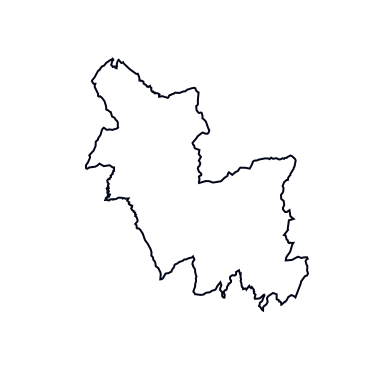 Tausa, Cundinamarca, Colombia (Natural Earth projection), rotated 30°
{"feature_id": "7082276B61281192439607", "entity_name": "Tausa", "entity_type": "district", "adm_level": 2, "iso_a3": "COL", "parent_name": "Colombia", "parent_adm1": "Cundinamarca", "projection": "natural_earth1", "projection_center": [-73.979, 5.193], "detail": "fine", "context": "isolated", "style": "outline", "palette": "ink", "viewbox_px": 384, "rotation_deg": 30, "n_neighbors": 0, "source": "geoboundaries", "source_scale": "gbopen_adm2", "svg_char_len": 6078}
<svg xmlns="http://www.w3.org/2000/svg" viewBox="0 0 384 384"><g transform="rotate(30 192 192)"><path d="M325.7,245.0L326.0,244.6L325.8,244.0L326.3,243.5L327.2,240.7L327.6,240.5L328.1,238.4L327.9,235.0L329.5,231.6L332.4,231.2L334.3,231.6L331.9,216.7L331.2,215.1L331.9,208.6L333.4,206.7L333.1,204.4L330.9,202.5L329.0,198.5L327.3,197.5L325.1,195.3L324.8,194.4L325.1,192.7L325.6,192.0L324.2,191.0L321.3,192.9L319.8,194.4L316.1,195.1L312.5,200.9L307.4,204.4L306.6,202.5L306.3,200.5L306.9,194.6L305.2,187.8L305.2,185.4L304.0,186.3L302.2,186.8L301.7,187.7L300.5,187.5L299.2,186.0L297.7,185.8L294.8,182.9L293.2,183.3L294.1,176.7L293.4,176.2L290.1,168.1L293.5,164.5L289.3,163.8L285.5,159.0L284.2,161.8L282.7,162.8L279.4,161.5L278.7,160.3L278.4,157.3L277.5,155.9L275.7,153.8L273.1,153.5L272.4,153.0L270.5,149.9L270.9,147.7L270.7,145.8L269.2,142.7L267.5,141.5L266.9,137.4L267.9,134.3L269.0,133.6L268.3,132.0L268.2,130.2L268.7,128.1L268.2,127.3L268.4,121.2L268.0,120.0L268.0,118.5L266.0,112.8L264.5,111.8L260.8,111.0L259.0,111.2L257.3,113.8L256.8,115.2L255.3,116.2L255.1,117.3L253.5,117.6L252.5,119.2L251.3,120.2L248.1,120.6L245.4,122.8L243.4,122.7L242.8,124.7L241.4,124.8L238.4,126.4L233.6,130.6L232.7,132.0L230.4,133.6L229.6,135.1L230.2,138.3L230.3,142.9L226.4,144.2L221.8,146.7L221.4,147.8L221.2,150.9L219.7,153.0L218.3,157.0L214.1,156.5L214.0,158.0L214.6,160.4L213.0,163.6L211.8,168.1L206.2,172.8L204.6,173.6L201.8,173.9L198.5,175.6L193.6,180.7L193.1,180.2L192.0,176.9L190.4,175.5L190.4,174.5L191.6,173.0L191.2,171.9L189.9,171.2L188.0,171.0L185.3,168.8L184.9,167.3L185.4,165.9L185.1,163.6L184.6,162.7L182.2,161.4L182.2,157.2L178.9,155.8L177.4,151.9L172.9,152.7L171.8,152.2L170.7,150.7L169.2,150.4L167.9,149.2L169.0,142.9L169.0,141.0L171.1,135.8L171.6,135.1L174.7,134.7L176.3,133.7L176.7,132.3L176.1,129.9L173.7,128.3L169.0,124.2L166.6,123.3L164.1,122.9L163.2,121.0L160.9,118.7L160.0,118.7L158.7,120.0L158.0,120.1L155.2,119.0L152.7,115.7L153.3,113.9L153.2,112.9L151.4,110.0L147.9,102.5L147.1,102.7L144.7,102.0L143.0,100.5L142.0,100.6L140.4,101.8L136.8,105.7L135.6,108.4L134.4,109.1L131.6,112.5L127.6,114.5L127.0,116.1L125.8,117.1L125.1,118.6L124.3,119.1L124.0,120.2L124.3,121.9L123.9,122.6L118.3,123.9L115.9,126.0L115.2,125.2L115.1,123.7L113.4,123.6L111.3,124.4L110.8,125.0L110.3,124.5L109.7,125.0L108.3,124.4L107.9,125.1L107.0,124.9L105.6,124.0L104.8,122.2L103.6,122.0L102.6,121.1L101.6,122.9L101.0,122.7L100.5,123.2L99.0,122.4L95.9,122.3L94.7,120.7L92.8,120.8L92.2,121.4L91.1,121.1L90.7,121.6L89.2,119.3L86.0,116.7L84.7,117.6L81.8,117.3L76.4,116.7L68.1,114.7L67.5,114.1L66.3,115.6L62.4,114.2L62.1,115.4L62.8,118.6L64.2,120.7L64.2,121.9L64.7,122.5L63.4,122.8L62.3,121.8L60.8,123.3L60.3,122.8L58.5,122.4L57.5,118.5L57.8,116.9L56.6,116.3L56.3,117.6L55.5,118.2L53.2,123.0L52.6,126.7L51.5,127.8L50.9,130.1L50.9,132.8L50.3,133.3L50.1,134.9L50.3,141.4L49.7,145.1L50.0,146.2L52.6,147.5L54.2,146.6L54.5,148.4L55.4,149.8L61.8,154.1L62.5,155.7L63.7,155.9L64.5,155.1L66.9,155.4L70.8,157.1L74.8,160.8L76.5,163.5L78.4,163.2L80.6,163.6L81.7,163.4L84.9,166.5L87.9,166.5L89.6,167.5L91.9,168.1L93.3,169.3L94.8,172.1L95.8,173.1L95.5,174.2L92.0,178.0L89.4,179.0L87.1,180.8L83.5,180.4L83.0,181.7L83.0,183.4L84.2,188.2L83.9,192.6L84.4,193.6L83.5,196.5L85.5,200.3L86.1,205.2L84.7,211.6L86.0,212.4L86.5,213.3L87.1,218.3L86.8,222.0L88.5,224.5L89.7,224.2L90.8,222.1L95.6,218.4L96.9,216.2L97.7,213.7L102.7,213.7L107.3,210.0L110.8,210.4L112.2,209.7L113.5,211.9L113.4,212.7L113.8,212.9L113.4,213.5L113.8,213.8L113.7,215.2L114.3,216.0L113.7,216.7L113.8,217.6L113.4,218.7L114.4,219.6L113.7,221.6L114.1,222.1L113.1,222.7L112.8,224.2L114.1,225.9L115.9,226.6L115.8,228.2L117.4,229.7L116.5,229.8L116.4,231.5L117.7,231.6L117.4,232.4L118.2,232.9L118.6,233.9L119.1,232.6L119.6,232.8L119.6,233.9L120.5,236.3L121.5,235.3L122.2,235.2L122.4,237.3L121.9,236.8L121.3,237.1L121.0,238.6L121.3,240.1L120.5,240.2L120.9,242.3L122.0,241.5L124.3,240.9L125.2,239.1L126.6,238.1L127.2,238.2L127.5,237.4L128.7,237.0L129.8,235.9L131.1,233.7L134.3,232.0L135.2,232.4L136.0,231.3L137.9,231.0L140.2,229.3L140.2,231.9L142.9,232.4L143.1,233.8L143.7,234.1L144.6,233.9L145.4,234.3L145.9,233.9L147.1,233.8L147.7,235.4L147.4,236.5L149.2,237.6L151.4,237.7L151.5,238.4L153.1,238.3L153.6,239.5L154.9,239.7L154.8,241.2L156.4,241.4L158.5,243.1L159.5,244.6L158.8,248.1L160.7,248.6L162.0,250.7L162.8,250.9L164.0,250.2L166.1,250.6L170.2,252.7L175.3,257.1L179.6,259.0L185.0,262.4L187.2,264.6L188.6,267.5L190.7,268.0L192.4,270.0L195.0,271.0L197.8,274.4L200.8,274.7L204.9,277.5L206.1,278.9L208.2,283.5L209.3,282.7L209.9,281.4L209.9,275.8L212.1,274.1L213.9,271.3L213.6,268.9L214.0,266.4L213.4,264.0L213.6,263.2L215.3,260.8L215.7,259.4L218.4,256.1L219.0,254.4L220.7,253.2L222.1,251.2L224.7,248.7L225.1,247.3L227.9,249.3L227.6,251.7L228.4,254.3L229.8,255.1L230.1,255.8L233.0,257.3L235.7,260.8L238.2,263.1L238.4,264.7L240.0,267.0L241.0,270.7L241.9,272.0L242.8,277.1L243.2,277.8L244.3,278.0L245.6,279.0L251.0,276.8L253.5,274.8L253.7,273.8L254.9,271.9L257.4,270.1L258.8,267.4L260.8,265.3L261.2,264.6L261.0,260.8L261.7,256.0L264.1,258.1L264.6,261.5L265.2,262.7L268.3,263.8L270.1,266.9L270.8,267.4L272.3,267.6L272.9,267.3L271.9,264.9L269.3,262.7L269.6,260.8L270.5,259.9L270.6,258.6L269.7,256.2L270.0,254.3L269.5,253.1L270.1,252.8L270.8,250.6L270.1,249.1L268.9,248.7L267.8,247.5L267.5,246.5L267.9,245.0L268.8,243.7L270.8,243.0L270.9,242.1L271.4,241.5L270.2,239.2L271.8,236.3L274.5,238.9L274.9,238.3L276.6,241.4L278.3,243.3L278.6,244.8L280.0,245.9L282.6,249.2L283.9,249.4L284.8,250.6L286.8,248.6L287.3,248.6L287.9,249.2L288.5,244.7L289.7,245.5L291.1,245.7L291.2,244.4L294.6,245.8L295.1,247.1L295.9,247.3L296.0,248.4L296.4,248.8L298.3,249.1L299.2,252.5L299.9,253.0L303.8,250.4L305.5,245.3L305.7,244.9L306.3,245.2L306.6,245.6L306.5,246.8L307.3,251.4L306.2,253.9L306.9,255.8L307.0,257.2L308.8,257.5L311.8,259.1L312.8,259.1L311.4,256.7L311.3,255.1L312.6,252.3L312.5,249.4L310.1,246.6L309.9,245.8L310.3,243.7L312.7,238.9L316.5,238.3L318.8,242.4L319.8,242.6L320.9,242.1L322.3,243.3L323.0,242.8L324.1,243.0L325.7,245.0Z" fill="none" stroke="#020617" stroke-width="2"/></g></svg>